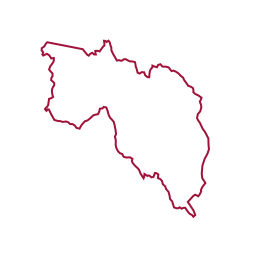 Bentong, Pahang, Malaysia, rotated 169°
{"feature_id": "92858781B95587260702445", "entity_name": "Bentong", "entity_type": "district", "adm_level": 2, "iso_a3": "MYS", "parent_name": "Malaysia", "parent_adm1": "Pahang", "projection": "equal_earth", "projection_center": [102.033, 3.418], "detail": "fine", "context": "isolated", "style": "outline", "palette": "rose", "viewbox_px": 256, "rotation_deg": 169, "n_neighbors": 0, "source": "geoboundaries", "source_scale": "gbopen_adm2", "svg_char_len": 3000}
<svg xmlns="http://www.w3.org/2000/svg" viewBox="0 0 256 256"><g transform="rotate(169 128 128)"><path d="M50.1,143.8L53.1,146.9L54.1,147.5L55.5,148.7L57.0,150.6L56.5,152.9L56.7,154.8L57.6,155.8L59.0,156.9L60.9,157.9L61.5,159.6L62.6,161.9L63.8,164.6L64.3,166.9L66.3,169.2L68.0,171.9L70.5,174.4L72.4,175.6L74.4,175.6L75.5,177.5L76.0,178.6L76.6,179.8L80.0,181.3L81.2,181.3L82.6,181.9L84.0,184.4L86.3,184.2L88.0,182.1L90.1,183.2L92.1,184.6L92.5,182.9L94.5,181.3L95.8,179.4L96.6,176.9L97.5,173.8L99.2,174.2L101.1,176.5L101.5,179.6L104.0,180.2L106.2,179.2L108.0,180.4L108.2,184.0L108.7,186.9L108.5,189.4L108.7,191.5L111.1,192.5L113.3,193.0L115.0,194.2L117.0,195.9L118.7,196.3L120.5,195.5L121.9,195.3L123.9,196.3L126.0,196.3L127.7,201.1L128.7,204.2L129.5,207.6L129.0,210.1L129.5,213.0L129.6,215.5L130.5,217.4L132.6,216.5L133.5,217.8L134.9,218.2L135.0,215.9L135.5,213.4L137.2,212.4L139.5,210.3L141.2,208.6L143.6,209.7L145.4,209.9L145.6,208.2L145.6,206.3L147.3,206.7L148.7,208.6L151.0,208.0L152.7,206.5L154.0,207.6L155.7,210.7L157.4,214.0L191.0,227.6L192.9,226.1L194.5,224.1L197.4,222.8L198.0,220.7L196.8,218.4L198.0,216.5L197.4,215.3L193.5,216.3L191.5,214.5L190.7,212.6L190.1,210.9L187.5,210.9L187.8,208.8L188.6,207.2L190.0,205.7L192.7,203.2L194.3,200.5L193.5,198.8L191.7,195.9L192.1,193.4L193.8,191.5L194.3,189.6L193.2,188.2L191.8,186.3L192.3,184.0L194.0,182.3L195.4,180.0L195.8,177.5L195.8,174.6L195.7,172.7L197.7,171.9L199.9,171.7L200.8,169.2L201.9,166.0L203.1,164.4L204.8,163.5L205.9,162.3L204.8,160.4L203.4,161.7L202.2,161.3L201.6,159.2L200.8,156.2L200.2,154.4L198.8,150.0L195.2,148.1L193.2,147.7L190.9,146.4L187.6,146.2L185.5,145.0L184.1,142.9L181.9,142.5L179.9,140.8L178.5,137.9L175.7,136.6L173.2,139.6L171.0,141.4L168.9,142.9L166.4,143.1L163.9,144.4L161.6,145.8L159.5,147.1L157.4,147.3L154.7,147.3L152.9,150.0L151.9,152.3L149.3,152.1L147.8,153.3L145.4,152.3L144.8,149.2L144.5,144.6L143.7,141.6L142.2,139.3L140.8,136.6L140.6,133.3L140.6,128.5L140.9,124.3L142.5,122.0L142.3,118.3L143.3,113.9L143.3,110.8L142.3,107.2L140.8,104.9L138.6,103.5L137.8,100.6L135.2,99.3L133.2,99.1L131.5,98.7L129.5,96.8L130.5,94.9L130.1,92.8L128.1,89.3L126.2,86.8L125.1,84.7L124.5,81.2L123.1,77.6L122.3,75.7L121.4,77.2L120.6,79.7L118.3,77.4L118.1,77.6L116.1,77.2L114.4,75.1L112.4,75.1L111.1,77.0L110.2,78.7L108.4,78.0L107.1,76.6L108.2,73.2L106.0,71.6L104.8,69.7L104.5,66.1L102.6,63.6L102.2,60.7L100.4,57.6L100.1,53.2L100.3,50.3L98.7,47.6L98.3,44.2L98.0,41.3L95.5,39.9L93.8,39.7L92.4,40.3L90.8,38.6L88.8,39.0L87.1,38.8L85.1,34.2L83.7,31.9L81.7,30.3L80.8,28.4L78.6,29.7L79.5,34.7L83.4,44.0L76.9,48.8L74.9,49.7L73.2,48.6L72.2,47.6L70.8,48.6L69.4,50.3L68.3,51.8L68.2,53.2L66.8,55.3L65.1,57.0L62.5,59.2L64.7,64.7L64.3,69.3L62.1,76.9L58.7,83.0L54.9,87.6L52.6,91.7L52.2,95.7L51.1,102.4L53.0,109.0L54.9,113.1L56.4,119.2L57.9,122.7L58.3,124.8L56.8,128.3L54.1,130.4L52.2,133.9L52.0,135.3L51.9,137.2L52.3,138.9L52.4,140.3L51.6,141.2L51.1,141.9L50.5,143.1L50.2,143.7L50.1,143.8Z" fill="none" stroke="#9f1239" stroke-width="2"/></g></svg>